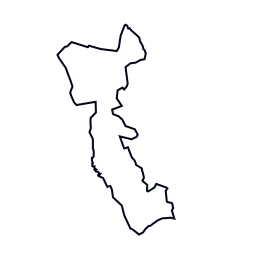 the district of Katcha, Niger, Nigeria, rotated 335°
{"feature_id": "59680162B69752440983216", "entity_name": "Katcha", "entity_type": "district", "adm_level": 2, "iso_a3": "NGA", "parent_name": "Nigeria", "parent_adm1": "Niger", "projection": "natural_earth1", "projection_center": [6.264, 9.093], "detail": "fine", "context": "isolated", "style": "outline", "palette": "ink", "viewbox_px": 256, "rotation_deg": 335, "n_neighbors": 0, "source": "geoboundaries", "source_scale": "gbopen_adm2", "svg_char_len": 1946}
<svg xmlns="http://www.w3.org/2000/svg" viewBox="0 0 256 256"><g transform="rotate(335 128 128)"><path d="M106.7,226.1L110.4,225.3L115.6,224.3L120.5,224.3L128.7,227.3L131.7,229.7L132.9,221.3L133.2,221.0L135.2,219.7L135.3,218.1L136.0,216.4L136.0,214.5L132.4,211.7L132.1,211.1L135.6,200.9L138.2,199.4L137.9,198.5L130.0,190.6L126.8,193.1L119.6,194.0L118.8,193.5L118.7,192.9L121.4,187.8L118.8,182.0L121.5,179.7L122.5,175.1L122.7,173.0L123.4,170.4L119.7,164.8L120.2,162.6L120.2,160.1L119.0,156.0L119.8,145.3L116.3,145.1L115.9,144.8L116.2,140.9L117.0,132.1L126.3,139.6L131.9,139.7L132.0,139.6L134.0,138.2L133.6,132.0L126.6,125.2L126.4,118.1L124.5,113.5L120.3,109.1L121.4,104.6L131.7,105.4L130.3,96.4L134.6,89.4L140.1,89.1L140.8,91.5L144.5,89.7L146.5,87.6L151.5,71.8L157.5,70.4L162.6,72.0L168.3,71.6L172.0,72.7L172.5,72.1L173.8,70.4L174.4,69.5L175.0,68.8L175.6,67.9L175.7,66.9L175.8,65.6L176.0,64.5L175.2,62.7L175.6,62.0L176.0,59.7L175.6,54.5L176.4,51.0L175.4,48.1L174.0,44.9L172.4,41.4L171.6,38.2L171.0,38.2L170.3,38.1L170.4,36.6L170.5,35.0L169.9,34.1L169.5,33.4L168.2,33.6L160.2,41.4L153.8,51.1L150.3,53.5L136.8,45.0L133.0,41.8L127.4,36.9L125.7,37.8L113.2,26.3L107.3,28.3L105.0,27.8L95.0,31.9L95.0,35.4L97.0,47.3L96.6,51.4L95.9,61.3L95.2,67.0L90.6,71.4L90.1,74.8L90.0,82.2L91.1,85.5L91.4,85.5L109.7,90.6L105.5,100.4L98.5,103.0L96.5,106.6L94.3,112.4L91.3,115.5L91.5,123.2L91.2,123.8L87.4,132.1L87.5,132.9L87.3,134.1L84.9,139.3L83.7,139.9L82.8,139.7L82.4,140.2L81.5,142.7L81.3,144.8L80.5,145.1L80.6,145.8L79.6,147.3L80.1,148.3L81.4,148.6L80.7,149.9L81.6,152.0L80.1,151.7L80.6,153.9L81.6,154.5L82.3,155.1L82.8,156.9L83.6,157.9L82.8,158.2L82.1,157.9L81.1,157.9L80.9,158.7L82.2,160.4L84.3,162.9L84.3,166.1L84.4,172.7L85.0,172.6L85.6,172.6L87.5,173.1L87.4,176.9L85.1,184.5L89.6,195.7L87.7,205.6L87.7,220.4L88.7,220.8L91.8,226.8L92.9,229.2L97.5,229.0L101.3,226.8L103.0,226.3L105.5,225.5L106.7,226.1Z" fill="none" stroke="#020617" stroke-width="2"/></g></svg>